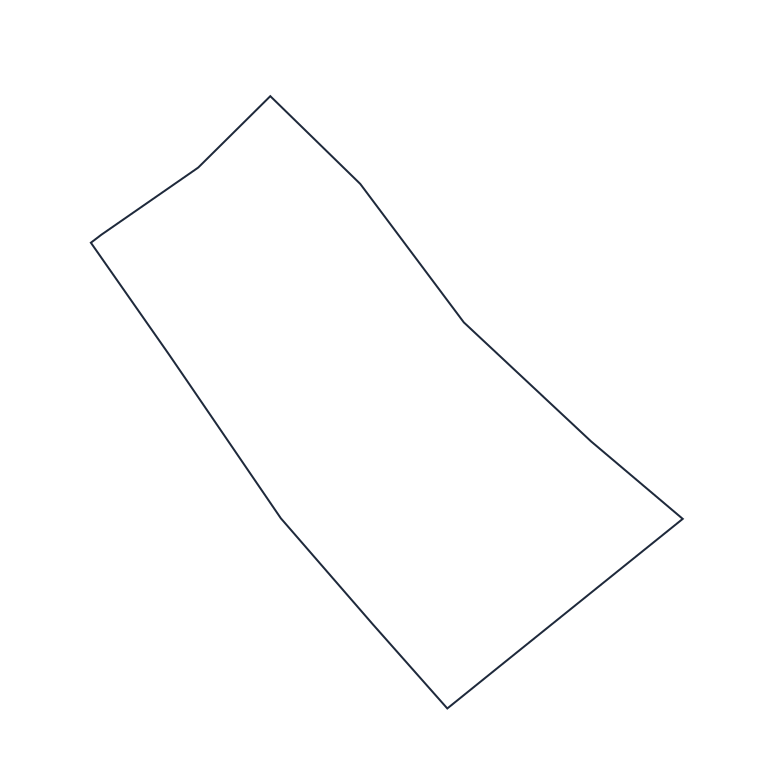 the district of Bragadiru, Romania, rotated 234°
{"feature_id": "2599482B35029885284970", "entity_name": "Bragadiru", "entity_type": "district", "adm_level": 2, "iso_a3": "ROU", "parent_name": "Romania", "parent_adm1": "", "projection": "equal_earth", "projection_center": [25.519, 43.655], "detail": "fine", "context": "isolated", "style": "outline", "palette": "slate", "viewbox_px": 768, "rotation_deg": 234, "n_neighbors": 0, "source": "geoboundaries", "source_scale": "gbopen_adm2", "svg_char_len": 355}
<svg xmlns="http://www.w3.org/2000/svg" viewBox="0 0 768 768"><g transform="rotate(234 384 384)"><path d="M683.7,461.2L668.3,360.9L670.9,243.0L670.6,229.9L534.5,227.4L495.3,226.3L336.0,221.6L196.1,233.7L84.3,244.5L87.7,312.0L99.3,546.4L215.8,517.8L386.9,484.8L408.5,484.5L559.8,482.4L683.7,461.2Z" fill="none" stroke="#1e293b" stroke-width="2"/></g></svg>